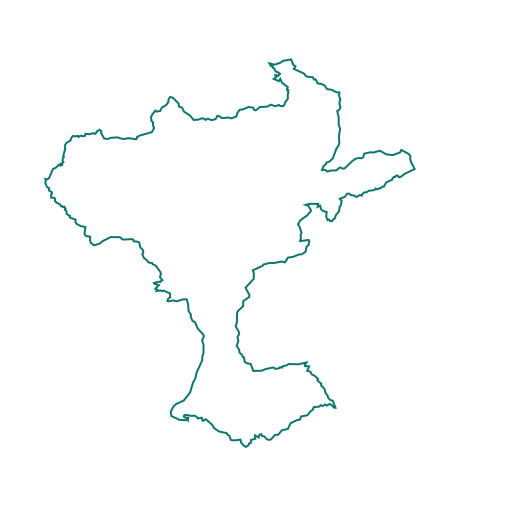 the district of La Playa, Norte de Santander, Colombia, rotated 72°
{"feature_id": "7082276B99344339057912", "entity_name": "La Playa", "entity_type": "district", "adm_level": 2, "iso_a3": "COL", "parent_name": "Colombia", "parent_adm1": "Norte de Santander", "projection": "robinson", "projection_center": [-73.187, 8.269], "detail": "fine", "context": "isolated", "style": "outline", "palette": "teal", "viewbox_px": 512, "rotation_deg": 72, "n_neighbors": 0, "source": "geoboundaries", "source_scale": "gbopen_adm2", "svg_char_len": 6071}
<svg xmlns="http://www.w3.org/2000/svg" viewBox="0 0 512 512"><g transform="rotate(72 256 256)"><path d="M424.9,227.3L417.3,227.7L416.4,229.3L413.6,231.1L410.8,231.1L407.6,232.2L403.6,231.9L399.3,234.1L397.9,233.3L393.3,236.0L392.2,234.9L387.5,237.6L386.0,239.5L382.7,240.1L381.0,242.8L377.4,239.6L375.8,243.6L375.0,243.5L372.9,240.9L372.1,249.1L368.8,258.5L369.5,260.4L369.1,264.3L370.2,265.7L369.2,267.4L369.9,268.6L369.4,272.4L367.9,273.2L367.2,274.9L366.5,282.1L366.9,285.9L364.5,294.1L357.0,294.4L355.2,297.9L352.9,299.5L348.9,298.7L348.2,299.6L345.7,299.8L343.1,301.4L339.6,301.1L335.5,302.1L330.9,298.9L327.4,298.7L325.1,296.2L322.7,295.8L316.5,297.1L313.1,294.6L304.6,291.7L302.8,290.3L299.8,283.8L295.0,282.1L292.9,275.1L290.9,274.3L283.0,275.8L276.9,265.1L271.2,263.3L268.6,263.4L267.4,253.0L266.4,251.7L266.8,245.0L268.2,241.2L269.2,233.3L271.0,230.3L267.4,226.1L268.3,220.7L267.8,215.1L268.5,212.2L267.4,207.7L263.0,205.2L261.7,202.6L258.6,200.8L257.0,201.0L255.5,209.4L253.1,207.9L249.5,206.9L248.2,205.6L241.9,205.5L238.8,206.2L235.7,202.8L233.3,195.0L230.3,190.0L229.3,189.6L224.2,190.8L222.8,192.9L222.9,189.3L225.6,180.7L228.3,182.3L228.0,179.5L231.7,179.6L234.1,178.1L235.9,175.2L240.1,177.0L243.9,176.9L243.7,175.4L245.7,174.7L246.4,172.9L245.1,171.4L244.6,169.5L241.7,167.3L239.2,163.2L235.1,161.3L234.5,160.1L230.3,157.5L227.5,158.6L227.2,153.3L224.9,149.9L225.6,147.9L227.2,147.1L229.4,143.2L230.9,142.4L230.1,138.2L231.3,136.8L230.2,136.0L229.0,133.5L229.5,130.8L228.8,128.4L229.7,124.3L229.6,122.4L228.8,121.3L229.9,120.4L230.1,119.0L229.6,117.9L230.1,116.6L229.1,114.5L229.5,113.0L226.2,109.3L225.5,103.1L224.1,101.9L223.4,100.5L223.9,99.3L222.9,98.2L223.4,96.3L225.3,95.8L225.5,93.9L223.9,89.7L222.3,78.2L214.4,79.5L211.5,79.4L208.6,78.3L206.3,79.1L200.0,85.0L202.0,87.0L202.3,94.7L199.5,100.8L194.2,105.5L193.8,112.9L192.8,114.7L192.1,121.3L195.3,123.6L195.7,125.4L194.4,128.5L194.3,131.4L195.6,135.4L200.1,144.6L199.7,146.4L197.7,148.8L199.4,153.4L197.8,158.5L197.8,161.9L195.5,163.6L194.6,166.6L191.2,163.7L190.5,161.6L188.9,160.1L189.0,157.5L187.1,153.0L178.4,146.0L176.5,143.4L174.6,142.0L167.3,139.9L161.0,136.7L156.9,136.8L149.3,134.4L143.2,134.0L142.8,131.8L140.6,129.7L137.9,129.7L135.0,128.8L133.4,127.5L128.9,127.5L126.2,126.1L125.2,128.8L121.2,132.8L119.3,136.8L114.9,138.1L112.1,141.4L111.0,144.0L106.3,144.8L106.0,146.4L103.5,146.7L102.2,150.4L100.2,153.1L97.9,153.6L96.5,154.8L89.8,162.2L87.8,159.8L85.7,161.4L79.9,161.9L78.7,170.3L79.7,172.8L79.8,178.0L79.5,179.8L76.9,183.7L79.9,183.2L80.8,181.6L82.1,181.8L83.2,180.8L86.8,180.1L88.4,177.9L90.2,176.8L90.6,178.3L91.7,179.1L90.1,181.0L90.0,182.0L92.3,181.6L93.0,184.4L96.8,180.2L95.0,178.2L99.3,177.7L105.2,173.6L107.2,175.3L108.2,174.0L109.0,174.9L110.4,174.6L112.6,176.1L116.3,177.1L119.2,181.2L120.5,181.8L121.9,183.9L120.7,186.7L119.4,187.6L119.5,191.5L116.6,195.2L117.4,199.1L115.5,206.5L117.1,210.0L117.2,211.8L116.0,212.7L114.0,212.9L112.0,217.0L112.5,223.1L111.9,226.5L114.2,229.5L117.3,231.7L117.5,236.8L115.7,239.7L114.4,245.6L111.6,247.9L110.8,249.4L113.4,252.2L113.0,256.4L110.5,259.3L111.0,261.9L109.8,262.3L108.3,264.9L108.5,268.7L107.4,273.2L101.7,275.6L96.6,279.8L91.8,280.6L90.0,283.2L87.5,282.4L80.0,286.0L78.2,288.4L79.6,290.6L81.9,291.4L83.6,293.2L84.7,294.9L85.7,299.6L88.5,302.4L87.9,305.9L86.6,306.8L89.7,311.4L91.2,312.7L95.2,313.8L97.0,312.6L100.6,313.7L102.8,313.3L106.0,316.8L105.5,329.7L106.1,332.5L107.1,332.6L107.9,334.0L104.4,341.2L104.1,344.9L102.1,349.0L100.5,350.7L98.7,357.6L98.9,361.0L97.3,364.1L91.2,365.3L89.6,364.5L87.6,365.7L88.3,368.6L90.2,371.1L89.0,372.5L88.6,377.0L87.1,380.6L88.8,381.3L88.7,383.4L87.5,385.0L87.9,388.1L86.7,388.1L86.5,390.4L85.3,393.2L87.2,395.8L88.8,396.6L90.0,401.8L92.0,403.7L94.9,404.2L101.3,408.4L102.6,408.2L103.0,409.2L105.3,410.5L107.1,410.1L107.7,411.6L109.5,412.2L109.5,413.4L108.3,412.3L107.9,412.7L108.5,413.9L108.2,415.1L110.2,419.1L110.5,422.2L117.8,428.6L118.6,430.7L117.7,432.6L118.9,432.4L121.4,433.8L125.7,433.5L127.8,431.7L129.6,432.8L132.2,430.5L133.5,430.6L134.4,432.0L137.1,432.8L138.2,430.1L139.4,429.4L141.3,430.3L143.7,429.1L146.2,426.5L148.4,426.0L148.8,424.8L149.9,424.5L149.8,423.2L152.0,422.4L152.9,423.5L154.7,422.4L157.5,423.1L160.4,420.6L161.1,421.2L162.2,420.9L165.6,416.4L167.8,417.2L170.0,416.7L173.4,413.5L175.7,409.3L181.9,412.3L184.5,411.6L186.4,407.7L190.2,409.1L192.7,408.9L195.8,406.7L195.9,400.5L194.4,397.1L193.1,388.3L196.1,379.5L198.8,378.1L199.5,376.7L201.7,368.5L202.8,367.6L204.2,367.8L205.7,364.4L207.1,362.9L212.2,363.3L215.7,361.6L218.3,362.3L219.1,363.6L223.2,363.2L226.7,360.9L228.9,360.3L230.6,357.0L231.9,356.8L234.2,354.3L242.0,351.8L244.2,352.2L246.3,353.9L250.1,352.5L250.2,353.7L251.1,354.7L250.5,356.0L250.1,361.4L251.0,361.2L253.7,357.4L256.0,361.9L257.8,360.2L258.6,361.3L259.3,357.3L260.4,356.2L260.3,354.7L265.0,349.4L268.8,350.4L269.7,353.0L271.5,354.1L272.4,352.0L272.5,348.8L274.6,345.3L274.7,338.7L275.8,335.3L280.8,335.5L287.6,337.1L291.9,336.0L293.5,336.9L296.8,336.6L298.3,336.3L299.9,334.5L307.0,333.8L314.8,330.3L316.5,330.5L319.6,333.3L324.8,333.5L332.3,336.0L334.3,337.7L338.7,339.5L348.5,348.5L353.4,351.3L357.3,355.3L365.5,360.9L371.1,369.3L372.2,378.0L373.6,381.0L377.9,385.3L382.0,385.9L388.0,379.7L389.4,376.4L390.5,373.2L389.9,371.9L391.2,371.3L389.0,370.5L387.6,373.6L386.6,374.3L385.4,373.6L385.4,371.9L388.0,367.0L389.0,363.5L390.9,362.0L392.5,361.6L393.0,357.6L396.1,357.7L396.5,356.9L395.6,354.8L396.2,353.9L402.9,349.9L407.0,348.9L411.5,345.4L415.4,338.7L417.4,338.2L418.8,336.8L423.1,336.8L424.4,334.6L425.9,327.5L428.7,327.9L433.1,325.9L434.5,324.5L433.4,321.3L432.2,320.5L432.1,318.7L429.4,317.5L429.6,313.1L426.3,312.4L429.4,309.5L427.0,308.0L427.0,306.2L429.1,305.9L430.2,303.8L433.7,302.3L434.9,300.4L435.1,298.5L432.0,293.0L432.9,290.2L429.8,285.2L430.3,279.1L425.7,274.8L424.7,267.4L425.2,264.8L422.5,262.7L423.4,256.4L420.5,252.0L419.8,249.5L417.6,247.9L418.8,242.5L417.9,240.7L419.3,239.0L418.6,236.0L420.2,234.9L419.5,231.8L420.3,230.7L424.6,228.4L424.9,227.3Z" fill="none" stroke="#0f766e" stroke-width="2"/></g></svg>